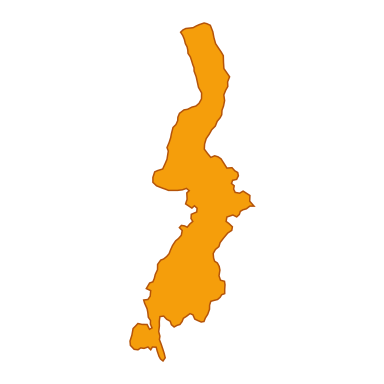 outline of Dores do Rio Preto, Espírito Santo, Brazil
{"feature_id": "56859067B99160788457513", "entity_name": "Dores do Rio Preto", "entity_type": "district", "adm_level": 2, "iso_a3": "BRA", "parent_name": "Brazil", "parent_adm1": "Espírito Santo", "projection": "natural_earth1", "projection_center": [-41.815, -20.626], "detail": "fine", "context": "isolated", "style": "filled", "palette": "amber", "viewbox_px": 384, "rotation_deg": 0, "n_neighbors": 0, "source": "geoboundaries", "source_scale": "gbopen_adm2", "svg_char_len": 2924}
<svg xmlns="http://www.w3.org/2000/svg" viewBox="0 0 384 384"><path d="M180.6,32.2L182.7,35.4L184.3,39.2L185.4,43.7L187.1,46.9L187.8,50.1L188.0,53.4L190.3,56.8L191.6,60.7L192.8,64.7L194.0,67.7L194.1,71.1L196.2,76.8L197.4,82.3L198.5,87.4L201.6,92.9L201.5,98.9L199.0,103.4L195.8,106.1L191.9,107.1L187.6,109.3L184.0,109.9L179.5,113.3L177.9,117.2L177.7,120.6L176.0,124.5L173.0,127.5L171.4,133.8L170.7,137.6L169.2,142.3L167.0,147.6L168.3,151.0L167.6,155.4L167.0,159.3L165.2,163.5L162.7,169.0L157.5,170.6L154.7,171.9L152.9,177.4L152.9,182.3L156.5,185.8L160.0,187.2L162.9,188.3L165.8,189.3L168.5,190.4L177.5,190.4L182.4,189.8L186.4,188.4L189.2,190.7L186.8,192.9L187.1,199.3L185.6,203.9L191.9,208.1L194.4,205.8L197.1,208.2L196.7,212.0L191.3,214.3L191.0,218.5L192.8,221.4L189.8,224.0L187.2,227.2L184.5,225.9L181.4,225.4L179.4,227.6L182.2,230.5L181.3,235.3L178.5,238.5L175.6,240.9L172.6,245.4L170.6,249.8L169.1,253.7L166.7,256.5L163.6,259.0L160.7,260.1L157.6,264.4L157.5,269.7L155.3,274.4L154.3,278.5L152.9,281.8L149.6,283.0L146.3,288.6L150.7,290.6L150.2,296.2L147.9,299.5L143.7,300.0L144.6,303.2L147.1,308.8L147.8,312.3L148.3,317.2L150.5,320.5L150.4,324.0L152.0,327.9L149.5,329.3L147.1,324.5L141.9,324.4L137.9,323.5L135.6,326.0L133.1,328.5L131.9,335.1L130.0,341.1L130.4,345.4L134.1,349.3L138.0,349.8L140.7,347.9L144.0,348.4L148.0,347.0L150.7,349.8L152.4,347.0L156.2,347.2L157.2,351.0L159.0,356.3L160.5,359.0L163.0,361.0L165.2,357.8L164.2,353.5L162.7,348.8L161.1,344.0L159.4,339.6L159.9,336.2L158.7,331.6L159.4,326.0L159.3,321.2L159.9,316.6L163.7,316.1L166.7,319.3L170.2,321.2L171.4,324.7L174.1,327.0L177.2,325.3L179.9,324.5L182.0,321.7L183.4,318.3L186.5,316.3L190.0,313.6L192.9,314.8L194.8,319.1L197.7,320.5L201.2,322.0L204.0,321.5L205.3,318.1L207.7,314.3L209.5,309.3L209.6,305.1L210.8,301.3L213.7,300.5L217.6,299.5L220.1,297.3L221.7,294.7L224.7,293.6L224.7,289.2L225.0,284.8L224.5,281.3L220.5,280.2L219.0,275.8L219.9,270.1L219.2,266.4L217.4,263.0L214.6,261.2L213.6,258.1L213.2,253.5L215.4,249.5L218.9,246.6L220.1,242.6L223.6,238.0L227.8,233.0L231.8,230.3L232.4,226.8L229.0,223.6L226.1,221.4L226.9,217.0L229.9,216.0L232.9,215.0L236.7,216.9L239.3,214.5L240.3,211.4L242.9,209.8L246.4,208.8L249.9,206.1L254.0,206.1L249.7,201.2L249.9,195.5L247.0,193.6L243.1,191.1L239.6,193.2L235.2,192.4L233.6,189.1L234.2,185.8L231.5,183.5L232.6,180.3L236.6,179.4L238.4,175.8L237.7,172.5L234.8,170.8L232.0,167.7L226.9,168.1L224.0,163.5L221.0,158.8L218.0,156.8L214.7,155.8L210.8,157.4L207.4,153.3L204.3,149.1L204.6,144.0L206.2,138.6L209.2,134.2L211.8,129.6L215.3,126.1L217.2,121.3L220.1,117.8L221.7,114.8L222.0,110.2L223.5,106.1L224.6,100.6L223.8,94.9L225.7,90.2L227.8,86.5L227.6,81.8L229.6,76.8L227.1,73.2L223.9,68.6L223.5,62.5L223.3,55.7L221.3,52.2L218.8,48.5L215.6,43.7L213.9,37.6L212.8,31.7L210.3,25.3L206.9,23.7L204.1,23.0L199.3,24.6L196.2,26.0L193.1,27.7L185.8,28.5L183.0,29.9L180.6,32.2Z" fill="#f59e0b" stroke="#b45309" stroke-width="1.5"/></svg>